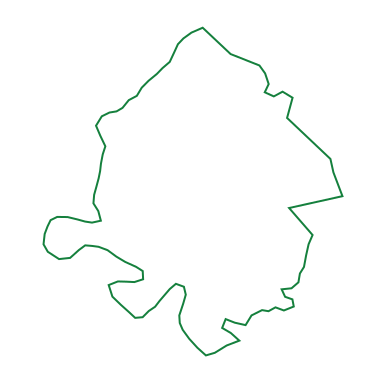 Cristal do Sul, Rio Grande do Sul, Brazil (Albers equal-area conic projection), rotated 178°
{"feature_id": "56859067B17915120062012", "entity_name": "Cristal do Sul", "entity_type": "district", "adm_level": 2, "iso_a3": "BRA", "parent_name": "Brazil", "parent_adm1": "Rio Grande do Sul", "projection": "albers", "projection_center": [-53.236, -27.433], "detail": "fine", "context": "isolated", "style": "outline", "palette": "green", "viewbox_px": 384, "rotation_deg": 178, "n_neighbors": 0, "source": "geoboundaries", "source_scale": "gbopen_adm2", "svg_char_len": 1444}
<svg xmlns="http://www.w3.org/2000/svg" viewBox="0 0 384 384"><g transform="rotate(178 192 192)"><path d="M149.9,41.8L158.1,49.7L166.6,55.1L162.8,63.8L153.8,59.9L143.1,57.1L136.8,66.6L126.1,71.5L119.7,70.2L112.6,73.8L104.3,70.4L94.3,74.0L95.4,81.2L102.6,84.0L105.8,91.6L95.9,92.3L88.8,98.0L87.0,106.8L82.7,113.2L80.2,124.5L77.3,135.7L73.0,144.8L95.5,172.6L41.8,182.6L50.0,206.7L52.5,220.2L94.4,262.7L88.2,282.7L98.0,289.1L106.9,284.7L115.8,289.1L111.6,297.2L114.8,308.0L120.2,316.1L148.6,328.5L175.6,355.8L187.0,351.3L195.2,345.8L200.9,340.2L204.5,333.0L209.7,322.8L217.2,316.8L222.9,311.3L231.5,304.7L238.6,298.0L243.8,290.0L252.0,286.0L258.5,278.5L264.6,275.2L271.7,274.3L279.5,270.8L285.6,261.6L281.7,251.5L277.0,240.7L279.9,232.7L282.0,223.5L283.1,216.1L284.8,209.0L287.4,200.5L289.9,192.6L290.9,184.1L286.3,176.2L284.1,166.5L293.0,164.9L299.9,166.2L307.2,168.5L317.2,171.3L327.6,171.8L334.3,168.8L337.6,162.6L340.7,155.2L342.2,144.9L338.2,137.3L327.2,129.6L316.1,130.4L307.0,138.0L300.6,142.4L293.8,141.6L287.3,140.5L278.4,136.8L269.9,130.1L261.1,124.4L250.4,119.1L244.0,114.7L243.9,106.5L252.7,104.0L261.1,104.7L269.2,105.2L278.5,101.9L275.2,90.2L267.2,81.9L259.0,74.0L253.2,68.2L245.7,68.6L239.3,74.6L232.9,78.6L228.2,84.3L217.6,95.8L211.3,100.8L203.4,97.6L201.8,89.6L204.7,80.7L209.0,69.1L208.8,61.5L206.1,54.6L199.9,45.4L192.0,36.1L183.8,28.2L174.8,30.5L162.7,37.4L149.9,41.8Z" fill="none" stroke="#15803d" stroke-width="2"/></g></svg>